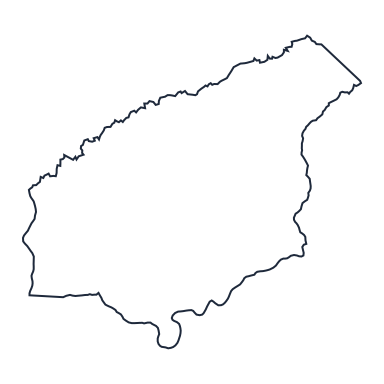 the district of Montalvânia, Minas Gerais, Brazil
{"feature_id": "56859067B79304737578850", "entity_name": "Montalvânia", "entity_type": "district", "adm_level": 2, "iso_a3": "BRA", "parent_name": "Brazil", "parent_adm1": "Minas Gerais", "projection": "albers", "projection_center": [-44.496, -14.472], "detail": "fine", "context": "isolated", "style": "outline", "palette": "slate", "viewbox_px": 384, "rotation_deg": 0, "n_neighbors": 0, "source": "geoboundaries", "source_scale": "gbopen_adm2", "svg_char_len": 4791}
<svg xmlns="http://www.w3.org/2000/svg" viewBox="0 0 384 384"><path d="M28.9,189.9L29.5,193.2L30.3,196.2L31.4,198.1L32.5,199.6L33.7,201.4L34.3,203.4L35.0,205.9L35.7,209.1L36.0,212.0L35.0,215.6L34.6,218.9L33.2,221.0L31.5,223.3L30.2,225.9L28.9,228.5L27.9,230.7L25.9,233.1L24.0,235.5L23.0,237.9L23.2,241.4L24.8,243.5L27.3,246.1L29.2,248.8L30.7,251.0L32.3,253.1L33.8,256.5L33.7,260.9L33.6,264.0L33.7,266.3L33.7,269.2L33.2,271.4L32.1,273.9L31.5,275.8L31.8,278.3L32.5,281.2L32.6,283.4L32.3,285.7L31.4,288.3L30.2,290.9L29.5,293.3L29.5,295.3L63.2,297.2L66.3,295.8L70.0,294.9L72.5,295.6L75.4,296.0L78.4,295.7L81.9,295.4L85.0,295.0L87.8,294.9L89.8,294.2L92.1,294.9L94.2,294.7L96.4,294.7L98.5,292.9L99.7,295.1L101.4,297.9L102.3,300.3L103.8,302.4L105.4,304.6L107.1,305.5L109.0,306.4L111.4,307.4L113.3,308.5L115.5,310.0L116.7,312.0L118.6,313.0L120.9,314.4L122.5,316.8L123.5,318.9L126.0,320.7L128.7,322.4L131.6,323.1L135.2,323.1L139.1,322.9L142.2,322.8L144.1,323.4L147.6,322.6L150.5,322.6L152.1,323.9L154.0,324.9L156.0,325.9L157.9,327.9L158.6,330.6L159.2,334.1L158.3,336.4L157.7,338.5L157.7,341.4L158.5,343.9L160.0,345.8L161.6,346.8L165.6,347.4L168.2,348.3L171.0,347.8L173.2,347.0L175.4,345.4L177.4,342.9L178.5,340.4L179.2,338.2L180.0,335.8L180.5,333.2L180.7,330.7L180.4,328.2L179.9,326.0L179.1,323.9L176.9,322.1L174.1,320.9L172.5,319.8L171.8,318.0L172.7,315.5L175.1,313.0L178.1,311.6L180.9,311.4L183.4,311.1L186.2,310.6L188.6,310.3L191.4,310.1L193.2,310.9L194.6,312.6L196.5,314.6L199.7,315.2L202.2,314.6L203.6,313.2L204.6,311.5L205.8,309.4L207.1,306.5L208.4,304.1L209.7,301.7L211.7,300.5L213.4,301.6L215.2,303.2L218.3,305.3L221.1,305.2L223.0,304.4L224.8,302.8L226.2,301.1L227.9,298.7L228.8,296.8L229.9,294.0L231.1,291.1L232.7,289.2L235.3,287.4L237.9,285.8L240.1,284.4L242.0,282.0L243.3,280.2L244.3,278.2L246.3,276.7L248.7,276.2L250.8,275.6L254.4,274.7L255.4,273.1L257.2,271.8L260.2,271.3L263.1,271.1L265.7,270.6L267.7,270.1L269.7,269.5L271.5,268.6L273.3,267.7L275.9,265.6L277.6,263.2L279.1,261.3L280.9,259.6L283.3,258.6L285.2,258.6L287.2,258.3L289.0,257.2L290.8,255.8L294.0,255.0L297.0,255.5L299.1,256.3L301.5,256.5L303.4,255.5L303.7,252.9L302.9,249.6L302.3,247.0L303.8,244.7L306.3,243.9L305.5,240.4L305.3,236.9L304.1,235.0L302.1,233.4L300.3,232.3L299.7,230.4L299.0,227.7L297.7,225.0L296.4,223.2L295.1,221.9L294.0,219.8L293.9,217.7L294.7,215.9L295.6,213.7L297.5,212.5L299.1,211.1L300.9,209.2L301.5,206.4L302.5,203.1L304.7,201.4L307.2,199.8L307.9,197.8L308.6,195.4L308.3,192.9L309.9,190.6L310.6,188.4L310.7,186.0L310.4,183.9L310.1,181.9L309.7,178.8L307.9,176.7L306.3,175.1L306.8,172.9L307.0,170.5L307.4,168.0L308.0,165.6L306.7,163.0L304.9,159.7L303.1,156.8L301.5,154.6L301.6,152.4L302.1,150.4L301.8,148.3L301.9,145.9L301.9,143.3L302.6,141.2L303.1,138.3L302.1,135.9L302.5,133.3L303.9,130.7L305.4,129.0L306.2,126.8L307.8,125.4L309.4,123.5L311.0,121.8L312.8,120.7L316.1,120.2L317.5,118.2L319.6,116.7L322.3,114.4L323.0,111.5L324.7,110.0L326.4,107.1L328.8,105.5L328.8,103.2L330.9,102.1L333.8,100.7L336.6,99.3L338.3,97.4L339.7,94.9L340.3,92.7L342.3,91.8L344.8,92.4L347.6,92.3L349.0,93.7L350.2,92.0L352.2,90.3L353.2,88.1L354.0,84.9L356.2,86.0L358.3,85.0L361.0,83.1L360.1,80.9L321.4,44.4L319.1,44.3L316.4,44.1L314.8,41.9L311.8,40.6L310.2,37.7L307.1,35.7L305.1,38.3L301.5,39.1L296.9,40.7L295.0,40.9L291.7,41.8L292.3,44.1L291.6,46.8L289.5,46.9L285.8,47.8L287.7,50.9L283.9,49.8L283.9,52.3L282.0,55.1L277.6,57.6L275.5,58.0L272.5,56.8L272.0,58.7L269.8,58.6L267.8,55.9L267.4,59.8L264.4,61.8L260.0,62.7L259.4,60.1L256.7,60.6L254.4,58.4L253.4,61.0L246.9,62.8L244.8,63.2L242.8,63.4L240.4,63.6L233.7,67.1L231.2,71.3L228.7,75.1L226.9,78.1L224.8,79.2L221.5,80.8L219.9,81.8L217.6,84.1L214.1,84.0L212.2,84.8L210.7,83.2L208.8,84.3L207.5,86.4L205.5,85.5L204.1,86.8L201.3,88.7L198.0,91.4L197.0,94.2L195.4,95.2L192.4,94.7L187.6,94.2L185.0,91.0L181.6,93.1L180.6,91.5L178.2,92.4L175.2,96.1L171.8,95.4L169.6,95.1L167.6,95.1L165.1,96.7L160.3,97.7L158.9,100.9L158.7,104.0L155.7,104.9L153.4,102.0L149.5,101.1L147.5,103.5L144.3,103.5L145.1,108.2L140.9,107.4L138.1,109.8L136.1,112.4L134.3,110.7L130.8,112.1L129.5,114.3L128.5,117.4L126.3,117.9L124.0,120.3L122.8,122.0L120.9,120.4L118.9,122.2L117.0,121.4L115.1,120.2L114.3,122.7L112.4,123.8L110.5,126.9L107.0,127.0L104.7,127.8L103.8,130.4L102.0,133.2L100.8,134.8L99.9,136.6L99.0,139.5L97.4,137.1L93.7,138.2L94.8,140.7L92.2,141.7L88.8,141.1L87.8,139.2L84.3,140.5L82.9,144.9L81.1,146.0L80.8,148.6L82.3,150.4L82.1,152.9L83.5,154.7L78.7,156.3L76.5,159.5L75.4,156.8L73.1,159.8L64.2,155.0L64.4,157.5L62.8,159.1L60.4,159.6L60.4,163.5L60.3,165.9L57.5,165.2L56.7,168.9L56.6,173.0L55.8,176.2L53.4,175.9L50.1,176.3L48.6,173.6L46.5,174.7L44.5,175.6L43.3,178.0L40.7,176.9L39.9,181.9L38.0,183.3L36.2,185.1L33.0,185.3L32.2,187.3L30.3,188.6L28.9,189.9Z" fill="none" stroke="#1e293b" stroke-width="2"/></svg>